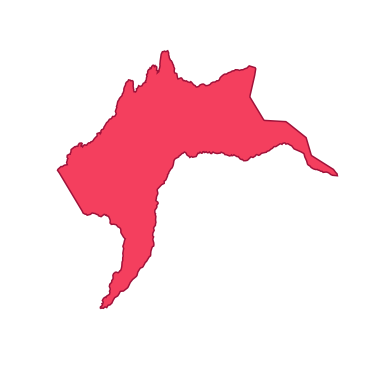 the district of Dianópolis, Tocantins, Brazil, rotated 16°
{"feature_id": "56859067B54547148967397", "entity_name": "Dianópolis", "entity_type": "district", "adm_level": 2, "iso_a3": "BRA", "parent_name": "Brazil", "parent_adm1": "Tocantins", "projection": "equal_earth", "projection_center": [-46.69, -11.796], "detail": "fine", "context": "isolated", "style": "filled", "palette": "rose", "viewbox_px": 384, "rotation_deg": 16, "n_neighbors": 0, "source": "geoboundaries", "source_scale": "gbopen_adm2", "svg_char_len": 5968}
<svg xmlns="http://www.w3.org/2000/svg" viewBox="0 0 384 384"><g transform="rotate(16 192 192)"><path d="M56.7,208.2L59.3,210.3L91.6,240.5L93.2,242.3L95.5,242.8L96.3,242.5L97.6,243.2L100.5,241.5L101.8,239.7L105.2,239.4L106.1,239.8L107.9,239.7L108.6,240.6L111.4,240.8L113.6,237.8L114.3,237.6L115.2,238.2L116.1,237.7L116.8,238.4L117.9,238.3L119.1,239.0L120.9,241.3L121.4,242.3L121.6,243.8L122.0,244.6L122.8,244.8L123.3,245.4L125.6,244.5L128.3,244.4L130.4,245.9L131.9,246.1L132.9,246.6L133.6,247.2L134.4,249.0L134.6,250.1L135.2,251.0L138.5,254.1L140.1,255.2L140.8,255.4L140.5,256.9L140.7,260.7L140.5,263.2L141.9,265.2L142.4,270.0L143.5,272.6L143.5,274.2L144.3,277.1L144.1,278.6L145.0,282.7L145.2,285.1L145.0,287.1L144.4,287.6L143.8,289.2L143.2,290.0L141.3,289.9L140.3,290.3L139.9,291.2L139.2,291.9L138.9,293.8L139.9,296.5L140.0,297.5L139.3,299.1L139.6,301.0L138.4,303.3L138.5,304.7L138.6,305.7L139.8,307.1L140.3,308.3L140.0,310.1L140.7,310.8L140.9,313.1L138.6,315.7L138.4,317.0L137.7,316.8L136.3,318.5L135.7,321.0L137.0,322.2L137.1,323.3L136.2,324.1L137.1,325.1L136.5,326.7L135.7,327.6L135.8,328.7L136.5,329.0L137.3,328.4L138.9,328.2L139.9,326.6L141.0,326.4L141.9,326.6L142.6,323.9L144.2,323.2L145.6,320.9L146.0,318.0L146.8,314.9L149.2,312.4L150.0,309.8L150.3,307.9L150.8,307.1L153.4,306.1L156.4,302.0L156.8,300.9L157.6,295.9L159.0,292.5L161.6,288.7L162.1,287.5L162.0,283.9L163.0,280.3L163.4,279.3L164.8,278.3L165.5,277.4L166.6,272.3L167.3,271.5L168.6,266.6L168.9,265.8L169.7,264.9L169.6,263.7L169.2,262.4L168.8,259.9L168.9,256.3L169.2,255.3L170.0,254.7L170.0,253.5L169.3,251.5L167.5,248.6L167.3,247.0L167.5,245.7L166.2,244.8L165.7,242.1L166.2,239.3L165.0,237.3L165.2,236.1L166.0,234.1L165.7,232.8L165.7,231.2L164.6,228.7L164.0,225.4L163.0,224.0L162.9,222.8L162.0,222.3L161.3,219.8L162.2,217.2L162.4,215.9L161.7,214.7L162.6,212.4L162.1,211.3L159.6,210.2L159.5,207.7L159.2,206.8L159.3,204.9L159.6,203.8L159.5,202.5L158.1,200.0L157.9,199.0L160.8,193.3L162.9,191.4L162.3,189.1L163.0,188.5L163.6,187.4L164.1,183.1L163.7,182.0L164.4,180.8L164.3,179.2L165.4,175.5L166.1,174.5L166.4,172.9L166.5,171.0L166.0,166.8L166.3,165.5L166.9,164.4L169.5,162.0L169.7,160.8L170.5,160.0L171.8,157.7L172.7,157.2L173.1,156.4L173.9,155.6L175.9,156.4L176.4,157.3L177.3,158.0L179.3,158.5L180.4,159.4L181.2,158.4L181.9,158.0L183.0,158.4L186.2,156.7L187.0,153.1L188.0,153.0L188.4,151.7L189.2,151.5L190.0,152.1L190.8,152.0L191.4,151.3L191.4,150.3L192.3,149.9L193.1,150.6L193.8,150.2L194.5,149.4L195.5,149.9L196.5,150.0L197.7,148.7L199.2,149.8L200.3,149.6L200.6,148.7L201.2,147.8L203.1,148.2L205.5,148.1L208.6,146.7L209.0,145.7L212.0,146.0L213.4,147.0L214.6,146.7L218.2,147.0L219.3,146.3L219.7,145.5L220.5,146.1L221.4,145.6L222.0,144.7L225.6,145.6L226.7,145.2L229.1,146.9L230.6,147.2L231.4,146.8L233.0,147.7L234.5,147.3L236.2,146.5L237.0,145.6L239.0,142.0L241.1,142.0L243.0,139.8L243.2,138.9L244.0,138.1L245.9,138.4L246.9,137.7L248.2,135.6L252.6,133.2L252.9,132.3L254.9,130.9L255.9,129.2L257.2,127.9L258.3,125.8L260.1,125.2L263.3,121.5L264.3,121.2L265.4,121.4L265.8,120.3L267.4,119.3L268.2,119.4L269.0,120.1L270.8,119.1L273.8,120.0L274.9,120.0L278.2,122.4L285.9,123.4L288.6,124.1L289.3,124.6L290.7,127.1L293.6,130.5L295.4,133.4L296.3,134.0L298.2,134.5L299.8,135.6L302.4,136.3L304.8,136.3L306.4,135.8L307.2,136.2L308.2,136.0L309.9,136.5L311.7,136.3L312.6,137.0L315.5,135.8L317.8,135.8L320.8,137.0L322.5,137.2L327.3,136.3L326.3,134.4L324.9,133.7L321.7,131.3L297.0,124.1L296.2,123.3L286.7,108.3L265.6,99.5L262.8,98.5L242.0,103.2L241.0,102.9L221.5,84.8L221.2,83.2L220.1,62.7L219.3,56.0L218.4,55.1L212.2,55.0L210.6,57.8L209.0,58.8L207.3,60.4L205.6,61.0L204.0,62.1L202.5,61.9L200.0,62.5L199.2,63.7L197.2,64.7L195.9,66.2L194.1,67.3L192.6,69.2L191.1,69.6L190.4,70.1L189.2,71.6L187.8,73.9L187.5,74.7L187.5,75.8L187.1,77.1L186.4,77.9L185.2,78.2L184.0,79.8L181.8,80.7L180.3,82.2L180.0,83.2L179.3,84.1L177.9,85.2L175.9,86.0L174.3,85.3L173.0,85.1L171.7,85.7L170.2,86.9L169.3,88.7L167.7,89.8L166.7,89.7L165.8,88.9L164.0,88.5L161.2,86.6L160.4,86.3L160.0,87.3L159.0,87.2L158.0,87.4L156.0,86.7L155.3,87.2L153.7,87.0L153.0,87.3L150.7,85.4L150.0,85.3L147.4,87.2L146.7,86.4L144.7,82.4L142.6,82.3L141.8,81.3L141.4,80.1L141.2,78.1L139.9,76.7L139.3,75.3L138.0,74.0L137.5,73.1L136.0,71.6L135.1,71.4L133.2,69.3L132.4,67.5L131.8,66.9L131.2,64.7L129.7,62.9L128.2,64.3L126.6,64.2L125.8,65.0L124.9,65.3L124.4,68.0L125.3,74.5L126.0,78.2L126.5,79.5L126.7,81.7L126.6,83.0L126.9,85.5L125.9,87.0L125.7,84.8L124.4,84.9L123.9,82.4L123.6,81.5L122.5,81.0L121.8,81.7L121.5,80.8L120.9,81.4L120.4,80.8L119.6,80.8L118.7,82.3L118.6,84.4L117.5,84.2L117.6,85.7L116.6,86.2L116.2,87.6L116.2,88.8L116.6,89.6L116.6,90.9L115.9,91.4L116.2,92.3L116.9,93.2L116.7,94.3L117.1,96.9L116.6,98.7L117.2,99.2L115.2,101.0L114.6,103.7L113.0,104.8L111.4,104.5L111.3,106.2L110.9,107.5L110.1,108.2L110.6,108.9L110.7,110.1L110.2,111.4L109.5,111.2L108.8,111.7L108.0,110.8L107.8,109.6L107.2,108.8L106.9,107.8L106.2,106.5L105.9,104.8L104.8,101.8L103.6,101.4L102.7,102.0L101.8,101.5L100.1,101.7L99.7,103.6L98.8,104.3L98.3,106.0L98.6,107.3L98.1,109.9L98.1,111.9L98.5,112.9L98.5,115.6L98.0,116.8L98.2,118.1L97.9,119.4L97.3,120.2L96.4,122.3L96.4,123.3L95.9,124.6L95.7,125.9L96.0,129.3L95.8,130.6L96.4,131.3L96.1,135.5L97.7,137.8L97.0,140.3L96.1,141.0L94.8,141.3L94.5,143.2L93.8,144.1L92.6,144.8L91.7,147.7L90.8,148.8L90.0,152.3L89.5,153.8L89.6,155.2L89.1,156.2L88.0,157.0L87.6,158.4L88.1,160.1L87.7,161.4L86.8,160.4L84.6,162.0L85.2,163.6L85.2,164.8L84.7,165.3L83.7,167.1L83.1,168.6L82.8,169.9L81.9,171.1L81.0,171.6L80.6,172.8L79.2,173.2L78.4,174.3L77.8,176.0L75.6,176.3L74.8,177.3L74.4,178.8L73.5,178.1L72.9,178.6L72.4,177.5L73.0,176.8L73.0,175.6L72.0,175.4L70.3,176.2L69.7,177.9L69.7,179.6L68.1,179.9L67.5,180.8L66.8,180.8L64.1,184.5L64.6,187.1L64.4,188.1L64.5,189.3L63.8,189.4L62.0,191.1L62.3,193.0L63.5,194.0L63.2,195.3L63.4,196.3L63.3,198.2L64.6,200.1L61.9,201.4L60.3,203.4L59.1,203.6L56.9,207.1L56.7,208.2Z" fill="#f43f5e" stroke="#9f1239" stroke-width="1.5"/></g></svg>